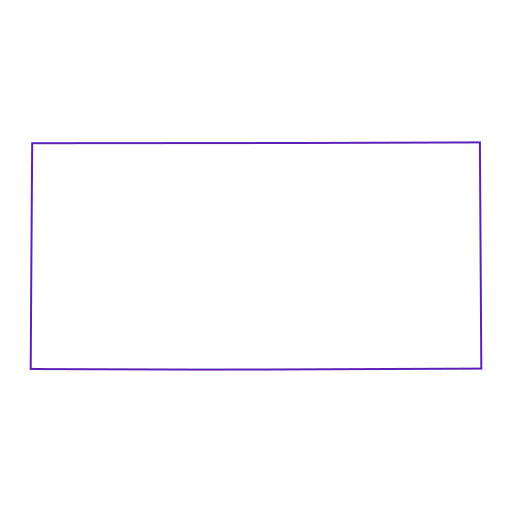 the district of LaMoure, North Dakota, United States of America
{"feature_id": "52423323B85348929712808", "entity_name": "LaMoure", "entity_type": "district", "adm_level": 2, "iso_a3": "USA", "parent_name": "United States of America", "parent_adm1": "North Dakota", "projection": "albers", "projection_center": [-98.623, 46.457], "detail": "fine", "context": "isolated", "style": "outline", "palette": "violet", "viewbox_px": 512, "rotation_deg": 0, "n_neighbors": 0, "source": "geoboundaries", "source_scale": "gbopen_adm2", "svg_char_len": 243}
<svg xmlns="http://www.w3.org/2000/svg" viewBox="0 0 512 512"><path d="M299.0,143.0L32.2,143.2L31.4,255.6L30.7,368.9L46.1,369.1L199.6,369.6L270.9,369.5L481.3,368.6L479.9,142.4L299.0,143.0Z" fill="none" stroke="#5b21b6" stroke-width="2"/></svg>